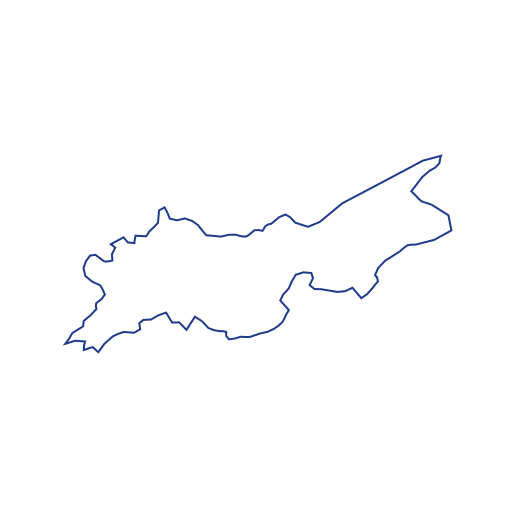 the District of Badulla, rotated 65°
{"feature_id": "LKA-2467", "entity_name": "Badulla", "entity_type": "District", "adm_level": 1, "iso_a3": "LKA", "parent_name": "Sri Lanka", "parent_adm1": "", "projection": "natural_earth1", "projection_center": [81.038, 7.079], "detail": "fine", "context": "isolated", "style": "outline", "palette": "blue", "viewbox_px": 512, "rotation_deg": 65, "n_neighbors": 0, "source": "natural_earth", "source_scale": "10m", "svg_char_len": 1997}
<svg xmlns="http://www.w3.org/2000/svg" viewBox="0 0 512 512"><g transform="rotate(65 256 256)"><path d="M338.7,178.4L325.5,182.0L325.6,190.1L322.9,197.5L313.7,210.9L310.6,217.0L305.0,219.7L300.3,213.8L294.8,213.0L290.8,220.0L289.8,227.9L294.0,234.1L299.2,240.0L302.6,248.0L306.5,252.8L318.9,249.1L322.6,254.4L324.4,256.3L326.9,259.8L328.7,265.0L329.6,270.5L329.6,277.8L328.0,284.8L326.8,295.7L324.9,299.9L322.7,304.0L321.8,310.1L320.1,315.7L315.7,316.8L312.3,315.1L310.3,317.5L308.8,320.6L305.3,325.6L301.1,329.6L292.5,332.4L285.2,337.0L293.5,350.2L283.7,353.7L280.8,360.2L269.3,361.4L268.5,369.6L269.2,378.0L266.3,385.1L267.6,390.2L273.5,392.0L274.0,399.0L269.0,407.9L268.3,413.7L268.3,419.6L271.5,430.5L276.5,439.6L269.5,442.5L268.4,451.8L264.7,449.8L261.2,447.1L256.4,455.6L255.0,466.0L252.1,460.6L248.2,455.0L246.7,442.5L244.4,441.0L242.1,439.7L239.8,431.1L236.6,423.0L233.9,422.4L231.3,420.8L229.7,414.0L227.1,409.3L223.1,409.1L216.9,409.5L210.0,415.3L201.9,419.1L194.2,417.5L189.0,412.6L185.5,406.2L187.1,401.0L196.2,396.2L197.5,394.7L198.6,391.7L199.4,388.0L193.6,385.9L189.0,380.1L186.5,381.2L184.0,382.6L183.1,368.2L189.5,366.4L192.9,360.8L189.8,358.9L186.7,356.6L191.7,347.3L190.3,344.7L188.6,342.3L186.7,336.3L184.5,330.8L173.7,324.6L173.3,318.3L179.4,318.0L185.7,318.4L190.3,312.4L191.9,304.6L197.3,299.0L203.4,295.6L216.1,292.4L223.6,279.6L225.2,271.9L228.3,265.0L231.0,262.2L233.2,258.9L234.3,256.0L233.8,253.3L232.0,246.4L233.6,242.7L235.9,239.5L234.7,237.5L233.1,235.4L232.5,232.1L233.2,228.5L230.6,218.7L230.9,211.7L235.2,208.7L242.4,206.3L251.5,196.6L252.1,183.9L244.7,155.5L241.8,96.4L240.1,64.4L243.4,46.0L244.3,47.0L249.4,50.6L251.6,56.2L252.1,62.6L254.7,72.0L263.0,87.9L269.2,85.5L272.6,84.6L276.6,82.7L283.8,75.1L300.4,64.4L315.4,68.1L316.7,87.7L313.1,106.8L311.2,110.8L310.3,114.3L311.3,119.1L312.7,124.0L314.9,141.2L318.6,150.4L323.6,156.2L326.6,155.3L330.7,156.3L332.1,159.7L334.5,164.3L337.5,171.3L338.7,178.4Z" fill="none" stroke="#1e3a8a" stroke-width="2"/></g></svg>